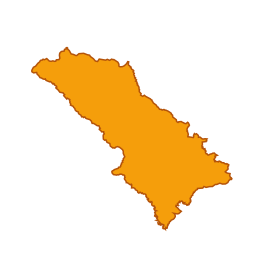 the district of Muhanga, Southern, Rwanda, rotated 314°
{"feature_id": "39286606B71619932434084", "entity_name": "Muhanga", "entity_type": "district", "adm_level": 2, "iso_a3": "RWA", "parent_name": "Rwanda", "parent_adm1": "Southern", "projection": "robinson", "projection_center": [29.724, -1.939], "detail": "fine", "context": "isolated", "style": "filled", "palette": "amber", "viewbox_px": 256, "rotation_deg": 314, "n_neighbors": 0, "source": "geoboundaries", "source_scale": "gbopen_adm2", "svg_char_len": 5910}
<svg xmlns="http://www.w3.org/2000/svg" viewBox="0 0 256 256"><g transform="rotate(314 128 128)"><path d="M169.6,221.1L168.2,219.5L168.3,218.7L167.9,218.2L168.1,217.9L167.6,216.6L167.2,216.4L166.5,216.6L165.5,215.0L164.1,213.9L164.5,212.9L165.1,213.1L165.2,211.6L167.8,211.2L168.1,210.1L170.4,211.2L169.8,208.8L170.0,207.6L168.8,206.5L167.4,206.1L166.4,205.3L164.6,204.8L164.1,204.2L164.3,202.6L163.8,202.2L164.1,200.9L165.3,199.6L165.6,199.9L165.9,198.8L165.6,198.3L166.4,197.7L165.7,197.3L166.0,197.1L165.8,196.1L165.4,195.9L166.2,195.0L165.5,194.9L166.7,193.4L167.6,193.2L169.5,191.2L172.5,193.6L173.3,193.1L173.6,193.4L174.3,192.5L175.0,192.4L173.8,190.9L172.2,189.7L171.7,188.8L171.5,186.2L170.3,185.2L170.8,184.9L171.5,183.5L171.4,181.2L169.9,180.5L170.0,179.7L168.2,180.3L167.3,181.4L166.5,181.6L163.3,177.1L165.4,175.7L166.7,173.3L166.7,172.7L167.2,172.7L167.3,172.1L168.4,171.1L170.3,170.4L171.1,170.6L172.7,170.2L173.6,167.9L173.5,166.9L171.4,166.7L170.4,165.1L170.5,164.6L169.9,163.2L169.6,161.8L167.8,160.2L166.8,160.2L166.6,159.9L166.5,158.3L167.5,157.0L167.0,152.5L168.2,151.1L168.0,149.6L168.5,149.2L168.6,148.4L168.0,145.3L167.1,142.7L166.5,142.4L166.3,141.0L164.6,140.1L164.6,139.2L163.4,137.7L163.9,135.0L163.5,134.4L164.1,132.4L163.6,128.8L164.3,126.8L164.2,126.3L164.7,125.7L164.4,125.0L164.5,123.9L163.0,118.7L162.9,117.0L161.0,116.6L160.4,114.2L161.8,113.6L161.9,111.3L162.4,110.3L163.5,109.8L163.6,109.0L165.0,107.5L165.4,106.3L165.4,104.7L166.3,104.5L166.3,103.3L167.1,102.8L167.3,101.8L167.0,100.9L168.5,100.7L168.5,98.9L169.3,98.5L168.9,97.8L170.2,96.2L170.2,95.3L170.8,94.6L171.6,94.6L171.9,92.6L173.1,92.5L173.3,91.6L172.8,89.8L173.4,88.8L173.2,87.9L173.9,87.7L173.7,86.8L173.9,85.7L173.6,84.8L173.9,84.1L176.1,82.5L175.6,81.7L173.2,82.3L170.2,82.1L168.3,81.4L166.6,79.9L166.2,79.0L166.3,78.3L167.6,77.1L168.3,75.0L167.4,70.2L166.8,69.9L166.2,68.4L163.9,67.8L163.0,65.4L161.3,64.8L157.6,59.4L154.7,59.9L153.5,58.0L153.8,55.0L153.3,51.3L153.7,49.8L152.5,47.9L150.9,44.2L147.4,41.1L144.6,40.8L143.9,40.1L143.0,37.6L141.8,35.6L142.9,31.9L142.8,29.9L143.6,28.9L143.5,28.2L142.7,27.8L141.8,28.6L140.5,27.7L139.0,28.6L136.7,26.9L134.4,26.9L132.7,28.1L130.8,30.5L129.2,30.8L127.3,29.1L125.8,29.6L124.9,28.8L124.1,27.3L122.6,26.4L121.5,24.9L121.5,21.3L119.4,20.6L118.8,20.1L118.5,19.1L117.2,19.1L116.3,18.3L115.5,18.1L114.1,18.5L112.0,18.2L108.3,18.6L106.0,17.8L103.4,18.5L102.2,19.1L101.7,19.9L102.1,21.8L104.5,23.7L103.5,25.5L103.7,27.1L103.1,29.7L103.8,30.9L104.3,33.0L105.2,34.2L105.9,34.5L105.3,35.9L106.7,39.5L107.4,39.8L107.6,40.3L107.5,43.5L108.3,43.5L108.5,44.3L107.9,45.3L108.4,47.5L107.9,48.4L107.0,48.1L106.6,48.7L106.9,50.7L106.4,54.2L108.2,56.9L107.9,57.8L108.0,59.2L106.6,59.3L106.3,63.8L107.3,63.7L108.0,66.4L107.0,67.0L106.7,68.0L105.9,68.5L105.5,70.2L104.5,70.7L105.5,73.5L105.1,74.6L105.1,76.2L104.3,77.4L104.2,79.2L105.0,81.1L104.0,82.5L104.5,85.3L103.8,86.9L104.7,87.6L104.7,88.8L105.8,89.1L106.0,89.5L105.7,90.8L105.8,91.4L107.5,94.7L107.5,96.8L106.4,99.0L107.5,100.2L108.3,104.3L109.4,105.5L108.5,107.6L108.5,108.2L107.2,108.1L107.0,108.4L107.2,110.4L106.9,111.7L108.4,113.1L107.7,113.8L107.3,115.0L106.0,115.0L105.1,115.6L102.9,118.0L103.0,119.7L104.1,120.4L103.1,122.9L104.2,125.7L102.7,127.8L103.1,131.0L103.5,131.1L104.4,132.5L105.5,132.4L107.4,133.4L108.3,135.4L108.6,139.1L108.1,140.6L106.4,142.3L105.0,145.7L102.4,146.0L101.7,146.9L100.3,146.8L99.7,148.0L98.1,147.7L97.2,148.6L96.1,148.6L95.4,149.3L94.6,149.5L93.2,148.5L92.4,149.0L88.4,147.0L87.5,147.1L86.2,146.5L85.4,146.7L84.6,147.8L84.4,149.9L86.3,152.6L87.2,153.0L87.8,153.9L89.1,154.2L90.2,155.3L90.6,156.2L90.6,157.1L91.2,157.4L91.4,158.0L91.3,158.9L90.6,159.4L90.3,160.3L89.4,160.3L88.8,161.0L88.5,162.9L88.0,164.4L87.5,164.7L88.2,165.6L88.7,168.8L89.9,169.5L89.6,170.4L88.8,170.5L88.6,171.2L87.4,172.2L88.8,173.4L89.3,175.0L88.7,176.2L89.4,178.3L88.6,179.6L88.6,180.8L88.8,181.1L90.2,181.2L90.4,183.2L91.2,183.3L91.1,184.9L92.2,185.8L92.5,186.9L92.3,187.6L91.4,188.2L91.6,188.8L90.8,189.7L91.4,191.8L90.8,192.3L90.0,191.9L90.0,192.8L89.6,193.6L89.7,194.6L90.4,194.9L90.0,195.7L91.5,196.2L90.9,197.3L89.8,197.7L89.1,199.0L89.4,200.4L90.1,200.7L89.8,201.5L89.8,202.6L89.3,203.1L88.3,202.5L87.8,203.0L87.5,203.8L88.1,205.7L87.2,205.0L86.6,206.1L85.7,206.0L84.9,208.3L84.0,207.8L83.2,208.3L83.5,209.9L84.8,209.8L84.6,211.1L83.0,211.5L83.0,212.4L82.5,213.4L81.4,212.7L82.3,214.8L82.0,217.5L81.3,217.8L80.9,217.5L80.8,216.0L80.5,215.5L79.9,216.5L80.1,217.6L81.0,218.2L80.9,219.1L81.6,219.3L82.3,219.0L83.2,221.0L82.8,221.5L81.6,221.3L81.6,222.2L80.2,222.4L80.1,223.3L81.1,224.5L81.1,225.1L81.4,224.7L82.4,224.9L82.6,224.6L82.8,225.6L83.1,225.7L85.4,224.2L85.9,224.3L86.4,223.6L87.2,223.9L88.0,223.8L89.3,223.0L90.2,223.4L91.6,223.1L94.0,224.0L95.1,224.0L97.0,223.6L97.6,223.0L98.6,221.4L98.5,220.3L100.4,223.1L101.7,224.0L105.1,224.2L104.7,221.6L105.0,219.5L104.8,216.9L105.5,216.5L105.5,216.8L106.8,217.0L107.0,217.6L107.3,217.1L107.5,217.4L107.6,216.6L108.1,216.0L108.9,216.4L110.4,216.5L110.5,216.9L110.8,216.6L110.6,216.1L111.3,216.1L111.3,216.9L112.6,217.2L113.0,217.9L112.3,219.3L112.8,219.2L112.7,219.9L113.2,220.3L112.3,220.2L112.2,220.8L113.7,223.0L113.4,223.9L114.4,224.2L114.2,224.6L115.3,225.1L115.8,224.9L115.8,224.5L116.5,224.2L117.0,224.6L117.9,224.5L118.0,224.1L119.2,224.0L119.3,223.0L120.0,222.7L120.2,221.9L120.7,221.5L122.3,221.5L123.2,220.8L124.5,221.3L125.4,220.4L126.4,220.4L127.3,219.8L127.7,220.4L130.2,220.0L132.0,220.6L132.8,220.0L136.7,223.5L138.7,223.3L139.5,225.4L142.4,227.3L144.6,229.4L148.0,230.0L149.1,231.1L152.1,232.4L153.3,234.9L155.5,237.0L158.1,237.7L160.4,237.0L161.6,237.3L162.1,237.0L162.9,238.2L163.7,237.9L163.9,236.9L163.7,235.5L164.5,234.1L166.1,233.1L164.6,230.9L164.0,229.1L164.0,228.4L168.0,228.5L169.5,226.6L170.7,226.6L170.9,226.0L171.5,225.9L171.0,223.9L170.5,223.9L169.4,222.0L169.6,221.1Z" fill="#f59e0b" stroke="#b45309" stroke-width="1.5"/></g></svg>